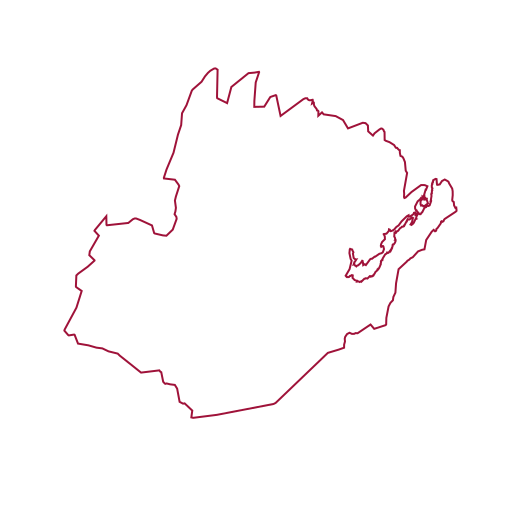 the district of Beiarn nor, Nordland, Norway, rotated 119°
{"feature_id": "86288312B82396448317791", "entity_name": "Beiarn nor", "entity_type": "district", "adm_level": 2, "iso_a3": "NOR", "parent_name": "Norway", "parent_adm1": "Nordland", "projection": "natural_earth1", "projection_center": [14.512, 66.892], "detail": "fine", "context": "isolated", "style": "outline", "palette": "rose", "viewbox_px": 512, "rotation_deg": 119, "n_neighbors": 0, "source": "geoboundaries", "source_scale": "gbopen_adm2", "svg_char_len": 6098}
<svg xmlns="http://www.w3.org/2000/svg" viewBox="0 0 512 512"><g transform="rotate(119 256 256)"><path d="M428.5,234.3L428.0,232.5L413.9,213.2L376.9,168.9L375.0,167.6L305.9,146.2L297.8,138.3L293.5,134.5L290.7,136.0L287.7,136.7L285.3,138.3L283.4,138.8L280.1,138.5L277.8,137.0L277.6,134.3L276.4,132.3L275.2,131.6L274.3,129.7L260.4,122.6L262.4,117.3L253.6,109.1L252.7,109.0L246.9,112.0L235.8,115.6L231.8,115.7L228.3,114.8L225.2,116.0L220.5,116.3L211.9,120.3L198.4,124.9L187.8,121.4L186.8,121.3L184.9,120.2L183.2,119.8L181.1,118.3L173.4,116.5L170.1,113.8L168.5,111.9L159.5,114.9L149.6,114.1L147.0,113.3L147.6,111.4L147.1,110.9L146.2,110.8L144.9,111.3L143.5,110.8L137.9,110.2L136.2,110.8L135.5,110.4L135.7,109.5L134.7,108.9L133.0,109.1L132.1,108.9L120.6,102.9L119.4,102.5L118.7,102.8L116.6,104.3L117.3,104.9L115.7,107.3L112.9,109.2L112.7,110.7L112.0,111.5L107.5,113.4L104.0,115.4L101.9,117.1L98.8,122.4L97.9,123.4L97.6,124.5L97.6,128.0L100.3,129.7L104.3,130.0L105.7,131.6L105.9,132.1L105.4,132.6L101.2,135.4L101.4,136.2L101.9,136.6L103.9,137.8L105.5,137.0L106.1,137.0L106.2,137.3L107.6,137.0L107.7,136.6L109.0,136.5L110.7,135.5L111.2,134.5L112.1,134.5L113.0,133.7L113.7,133.8L114.8,133.1L116.5,132.8L116.5,132.5L117.1,132.6L118.4,131.6L122.3,130.2L122.4,129.9L123.4,129.9L123.4,129.4L127.5,128.7L128.6,129.4L129.3,131.0L130.4,130.9L130.4,131.4L132.9,132.0L137.3,131.8L137.7,132.2L139.6,132.3L140.0,132.8L140.1,133.8L139.6,134.6L140.6,134.8L143.4,134.8L145.9,134.2L145.9,133.9L146.6,134.4L150.4,134.1L151.9,134.4L152.6,134.9L153.4,135.0L153.5,136.1L150.7,136.0L147.9,136.8L147.6,137.4L146.6,137.1L146.5,137.7L146.8,138.2L149.7,139.5L150.2,140.9L151.4,140.9L151.1,141.2L157.7,141.0L157.7,141.3L158.7,141.3L159.7,142.6L160.3,142.6L161.9,143.5L165.1,143.9L166.0,144.7L167.9,144.8L168.4,145.3L167.9,145.7L168.6,145.7L168.6,146.1L172.0,144.5L172.5,143.5L173.9,142.2L174.5,142.2L174.3,141.7L175.1,141.2L177.0,140.9L179.2,141.2L179.6,141.9L180.2,141.9L181.4,141.2L183.3,141.1L183.3,140.8L185.9,140.7L185.5,141.1L189.0,141.7L189.5,142.3L189.4,143.0L190.6,143.0L191.9,143.8L196.7,144.0L197.9,143.6L197.9,143.9L199.8,143.9L199.8,144.2L200.1,144.2L200.8,143.6L202.5,143.2L202.6,142.9L206.4,142.5L208.0,142.6L208.0,142.9L209.0,142.9L209.0,143.2L210.2,143.1L212.1,143.8L214.0,143.7L216.6,144.3L216.6,144.0L217.3,144.3L217.8,145.6L218.5,145.6L218.5,146.7L221.7,147.6L222.2,149.2L223.1,149.7L223.3,150.2L227.1,151.3L226.9,151.6L228.5,152.7L228.5,154.0L229.3,155.1L228.7,155.1L228.6,155.6L228.9,155.9L229.2,158.1L228.3,161.0L225.3,162.3L226.0,162.3L226.4,163.1L227.7,163.7L227.9,164.2L229.3,164.5L230.0,165.4L230.0,166.6L230.3,166.7L229.8,168.0L222.1,167.8L213.7,170.1L212.7,171.8L208.2,175.7L204.7,177.2L203.3,177.1L204.1,176.8L203.7,175.0L204.2,174.6L205.5,172.6L206.9,172.4L210.4,169.6L210.8,167.9L210.6,167.4L211.1,167.0L210.7,166.6L213.1,166.7L213.6,167.0L216.0,166.5L215.4,166.0L216.0,165.5L216.4,164.4L216.2,163.6L216.4,163.2L215.2,162.8L214.6,162.1L211.3,161.0L207.9,160.8L209.0,160.3L209.7,159.4L212.0,157.8L210.5,157.0L210.3,156.1L210.7,155.9L210.7,155.5L203.5,154.6L202.6,154.0L202.2,153.2L199.0,151.9L198.8,151.4L194.3,149.2L192.6,147.5L191.2,146.9L187.9,147.4L185.9,149.2L185.7,149.7L186.0,150.2L187.3,150.9L186.7,151.7L185.1,152.3L182.6,152.5L178.8,151.4L176.5,152.8L175.5,154.0L175.3,154.7L174.9,154.9L173.2,152.7L169.8,152.0L168.2,152.6L168.1,151.7L168.8,151.0L169.0,150.3L168.3,149.5L166.1,148.1L162.5,147.3L160.1,146.1L155.2,145.5L148.2,143.4L146.4,142.3L147.6,141.5L147.0,140.6L144.2,139.1L142.7,138.5L142.0,138.7L142.0,138.4L140.8,138.0L141.5,136.9L143.0,136.3L142.8,135.9L142.0,135.9L142.2,135.4L139.5,135.4L139.4,136.1L138.2,137.8L138.4,138.4L137.4,139.8L135.6,140.9L129.8,141.1L127.2,140.1L125.8,139.9L126.4,139.0L125.5,138.4L123.6,139.2L123.7,138.9L123.2,138.8L123.6,138.0L124.8,137.7L127.6,138.7L128.8,138.4L130.9,137.2L131.9,136.0L131.0,135.2L131.3,134.3L131.1,133.9L131.4,133.6L131.2,133.1L126.6,131.1L124.0,134.0L122.3,134.7L124.2,134.5L123.7,134.7L124.5,135.3L123.8,135.9L124.2,136.1L123.6,136.3L123.8,136.5L123.2,136.9L124.4,136.9L125.0,137.5L123.6,137.9L122.8,137.6L121.5,138.5L115.7,139.8L115.6,139.4L111.9,139.9L112.2,142.8L113.9,146.0L124.6,151.0L132.4,153.5L133.3,154.3L132.7,155.1L129.7,156.6L127.3,158.2L110.1,164.1L108.8,166.4L101.6,171.3L99.1,174.4L98.2,176.1L98.4,178.2L96.0,180.2L93.8,181.5L94.0,181.9L93.5,183.9L93.0,185.0L93.5,185.9L93.4,186.4L92.0,189.0L91.7,194.4L92.3,198.3L92.2,199.7L85.2,203.7L84.9,204.5L83.8,205.8L83.5,207.6L83.8,208.4L85.5,209.4L91.2,211.8L94.0,212.1L92.6,218.3L87.6,221.4L86.7,224.6L87.7,227.2L99.8,237.4L94.9,245.8L95.0,254.1L99.3,265.5L98.4,267.9L103.1,269.5L99.1,271.6L98.8,272.4L99.1,273.2L98.0,274.3L96.7,277.4L95.7,278.6L93.8,279.8L93.7,280.1L95.4,280.9L92.1,281.9L91.9,282.2L93.7,284.3L94.0,285.3L93.9,286.6L93.2,287.7L94.1,289.3L95.8,290.6L121.6,302.4L105.8,316.1L105.7,316.7L109.9,320.5L110.4,320.6L121.4,321.2L126.4,329.8L121.2,332.6L104.3,340.4L93.7,342.4L93.5,342.7L96.4,346.3L99.7,351.2L120.1,359.5L134.3,355.9L136.3,355.4L136.3,355.8L136.8,366.4L136.0,367.1L111.7,379.9L111.5,381.9L111.7,382.7L112.6,383.7L116.2,385.8L119.1,386.8L123.6,387.7L130.0,388.1L141.1,392.1L142.5,392.3L157.8,389.9L167.0,389.9L177.8,384.9L187.7,383.1L205.7,378.2L223.7,376.2L232.3,374.5L232.8,374.1L228.6,363.9L231.1,358.4L232.1,357.0L242.8,354.9L246.8,353.8L252.7,349.4L256.1,348.1L258.9,347.5L260.4,344.6L262.0,343.4L273.3,341.6L281.7,344.2L283.1,347.4L285.4,355.5L285.3,356.2L279.7,361.8L280.7,374.9L281.3,379.0L282.0,380.3L283.5,381.5L289.0,383.7L301.4,401.3L301.2,401.9L293.8,406.2L311.3,409.5L312.3,409.5L314.4,403.3L332.5,403.6L336.1,402.2L338.0,395.2L338.3,395.0L347.0,398.0L357.5,402.9L360.1,403.7L369.9,398.8L370.4,398.2L371.1,391.5L388.3,388.0L413.2,387.7L414.2,387.4L416.2,381.9L416.2,381.2L412.9,377.0L412.9,376.4L418.9,369.2L415.4,359.3L413.5,351.1L411.3,345.6L410.9,338.8L408.4,329.6L409.2,326.8L413.7,300.0L402.9,285.1L403.5,283.9L403.6,282.5L411.0,276.2L411.8,273.8L411.7,273.2L410.8,272.4L409.9,269.0L408.1,264.5L410.2,260.7L420.6,252.1L420.5,248.2L419.5,247.0L422.1,236.8L428.5,234.3Z" fill="none" stroke="#9f1239" stroke-width="2"/></g></svg>